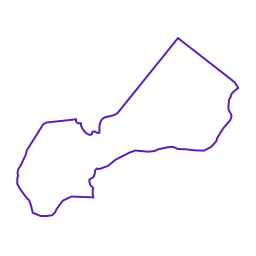 the border of Kilimanjaro, rotated 273°
{"feature_id": "TZA-3393", "entity_name": "Kilimanjaro", "entity_type": "Region", "adm_level": 1, "iso_a3": "TZA", "parent_name": "United Republic of Tanzania", "parent_adm1": "", "projection": "orthographic", "projection_center": [37.535, -3.747], "detail": "fine", "context": "isolated", "style": "outline", "palette": "violet", "viewbox_px": 256, "rotation_deg": 273, "n_neighbors": 0, "source": "natural_earth", "source_scale": "10m", "svg_char_len": 1380}
<svg xmlns="http://www.w3.org/2000/svg" viewBox="0 0 256 256"><g transform="rotate(273 128 128)"><path d="M100.6,28.2L117.3,37.6L127.3,43.1L129.2,46.1L131.3,59.2L131.5,60.8L134.0,75.6L131.8,75.8L130.6,76.8L130.1,78.5L130.3,80.7L128.0,80.9L125.2,82.4L122.5,84.5L120.7,86.5L120.1,87.6L119.5,88.9L119.2,90.3L119.4,91.6L120.3,92.5L122.3,92.7L122.9,93.7L122.4,95.7L121.4,98.1L121.8,99.7L127.5,99.4L130.1,99.6L132.7,100.3L135.0,101.4L136.6,102.9L137.6,104.8L139.7,112.3L140.9,114.7L142.5,116.9L149.1,121.7L159.4,129.1L169.7,136.6L180.0,144.0L190.3,151.4L200.6,158.9L210.9,166.3L220.4,173.2L179.2,232.2L173.7,236.0L170.5,232.2L167.9,229.9L166.7,229.3L164.3,228.9L163.0,228.1L161.4,227.4L154.1,227.1L151.4,227.5L147.0,230.3L144.2,230.7L141.3,229.7L132.9,223.3L122.4,217.4L119.6,217.0L113.4,211.9L109.4,205.1L109.2,195.8L109.8,186.4L109.6,182.5L109.7,178.8L111.5,174.3L111.3,171.0L110.6,167.7L108.0,158.5L106.5,156.1L105.4,149.9L105.9,136.5L103.7,131.1L100.1,124.8L95.7,117.2L89.2,110.1L85.4,101.3L85.9,99.0L84.2,97.4L80.6,97.2L77.3,96.2L75.8,94.0L74.3,92.1L71.9,92.4L69.5,93.1L66.3,96.3L62.9,96.0L59.9,96.3L56.9,97.0L56.6,75.1L52.1,66.8L43.7,61.2L39.8,59.5L36.9,56.7L35.8,51.0L35.6,45.2L38.4,37.3L46.4,34.9L50.5,33.1L53.5,29.9L60.7,24.0L66.3,20.3L72.5,20.1L74.6,20.9L76.9,20.0L81.3,20.6L85.2,22.9L95.2,27.0L100.5,28.2L100.6,28.2Z" fill="none" stroke="#5b21b6" stroke-width="2"/></g></svg>